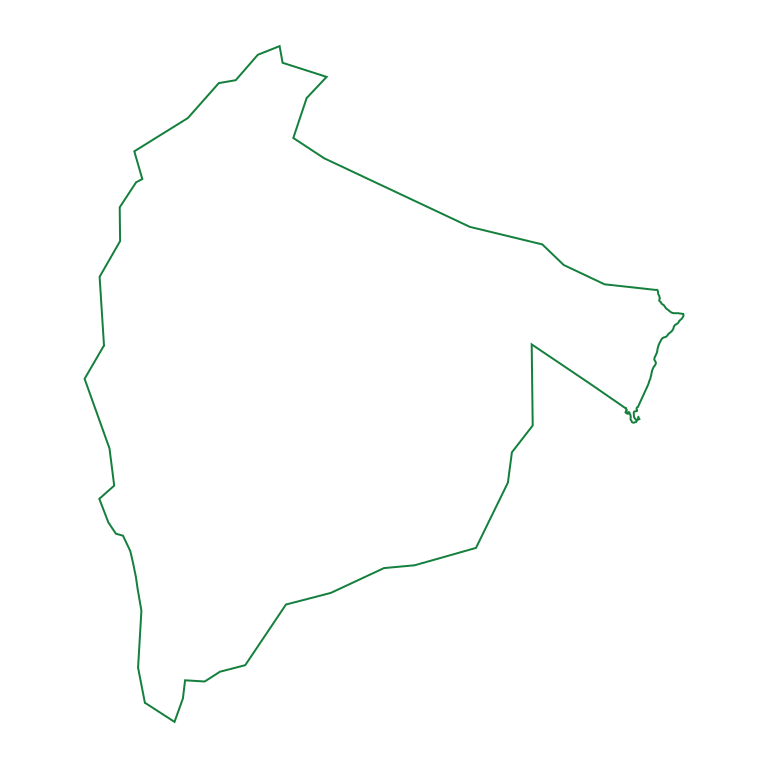 Tarialan, Hövsgöl, Mongolia
{"feature_id": "93677404B32165000008525", "entity_name": "Tarialan", "entity_type": "district", "adm_level": 2, "iso_a3": "MNG", "parent_name": "Mongolia", "parent_adm1": "Hövsgöl", "projection": "orthographic", "projection_center": [102.556, 49.659], "detail": "fine", "context": "isolated", "style": "outline", "palette": "green", "viewbox_px": 768, "rotation_deg": 0, "n_neighbors": 0, "source": "geoboundaries", "source_scale": "gbopen_adm2", "svg_char_len": 5083}
<svg xmlns="http://www.w3.org/2000/svg" viewBox="0 0 768 768"><path d="M383.5,568.3L383.9,568.1L384.0,568.1L414.4,565.3L414.5,565.3L476.0,547.9L507.9,482.6L511.9,452.3L532.7,425.5L531.7,344.4L588.4,382.6L588.7,382.8L625.2,408.0L625.2,407.9L625.3,407.8L625.7,407.9L625.9,408.0L625.9,408.3L625.9,408.7L625.9,408.8L626.4,409.3L626.7,409.7L626.8,410.1L626.7,410.4L626.4,410.7L626.1,410.8L626.0,411.0L626.1,411.3L626.0,411.6L625.8,411.9L625.6,412.0L625.5,412.3L625.6,412.6L625.9,412.8L626.3,413.1L626.7,413.3L627.1,413.6L627.5,413.7L627.8,413.6L628.1,413.4L628.1,413.1L627.9,412.8L627.9,412.5L628.1,412.3L628.3,412.1L628.5,412.1L629.1,412.2L629.3,412.4L629.4,412.6L629.5,412.9L629.3,413.2L629.1,413.4L628.7,413.5L628.8,413.7L629.1,413.8L629.4,413.8L629.6,413.8L629.9,414.0L630.2,414.4L630.4,415.1L630.5,415.6L630.6,415.9L630.7,416.4L630.7,417.1L630.6,417.7L630.5,418.5L630.5,419.1L630.6,419.4L630.7,419.7L630.9,420.1L631.3,420.5L631.5,420.8L631.7,421.6L631.8,421.9L632.2,422.3L632.9,422.6L633.5,422.7L634.0,422.6L634.4,422.5L634.7,422.3L635.1,422.2L635.6,422.1L636.0,422.0L636.3,421.8L636.4,421.5L636.6,421.1L636.8,420.7L637.1,420.3L637.4,419.9L637.8,419.7L638.2,419.4L638.6,419.3L639.0,419.3L639.3,419.1L639.2,419.0L638.9,418.9L638.7,418.7L638.7,418.2L638.7,417.7L638.6,417.2L638.4,417.0L638.2,417.2L638.2,417.4L638.2,417.7L638.3,417.8L638.4,418.1L638.2,418.5L637.9,419.0L637.6,419.4L637.3,419.7L637.1,419.8L636.4,419.9L636.0,419.8L635.8,419.7L635.5,419.3L635.3,418.8L634.9,418.3L634.7,418.1L634.4,417.8L634.2,417.2L634.0,416.8L633.9,416.1L633.9,415.2L633.8,414.2L633.8,413.3L633.8,412.5L633.9,412.1L634.2,411.7L634.4,411.5L634.8,411.4L635.3,411.3L635.8,411.2L636.4,411.2L636.5,411.2L636.8,411.0L637.0,410.8L637.1,410.5L637.1,410.3L637.0,410.0L636.8,409.7L636.7,409.5L636.6,409.1L636.5,408.6L636.7,408.1L636.9,407.6L637.1,407.3L637.9,407.0L648.1,384.8L649.1,381.9L649.4,380.6L650.2,379.2L650.3,378.8L650.3,378.5L650.5,377.7L650.7,377.0L651.0,375.9L651.1,375.6L651.2,375.3L651.4,373.8L651.5,373.5L651.8,372.2L651.8,371.6L652.0,371.2L652.1,370.6L652.2,370.3L652.5,369.7L652.7,369.0L653.0,368.5L653.2,367.9L653.5,367.4L653.7,366.9L654.0,366.5L654.4,366.0L654.8,365.6L655.2,365.0L655.5,364.3L655.7,363.8L655.8,363.4L655.9,362.9L655.8,362.5L655.5,361.9L655.4,361.4L655.0,360.9L654.8,360.5L654.5,360.0L654.3,359.6L654.3,359.3L654.4,358.8L654.4,358.4L654.5,357.9L654.6,357.6L654.8,357.3L654.9,356.9L655.1,356.5L655.3,356.1L655.5,355.7L655.8,355.1L656.0,354.6L656.3,354.1L656.3,353.9L656.4,353.6L656.5,353.4L656.7,353.2L656.9,352.5L657.0,352.1L657.0,351.8L657.2,351.4L657.3,350.8L657.4,350.2L657.4,349.7L657.7,348.4L657.9,347.6L658.0,347.3L658.0,347.1L658.1,346.9L658.3,346.2L658.5,345.4L658.7,345.0L659.0,344.4L659.3,343.5L659.7,342.7L660.2,341.8L660.6,341.0L661.0,340.3L661.3,339.7L661.6,339.2L661.9,338.8L662.3,338.3L662.7,338.0L663.1,337.8L663.9,337.4L664.5,337.2L664.8,337.2L665.1,337.1L665.3,337.1L665.7,336.9L666.3,336.6L666.7,336.2L667.1,335.8L667.4,335.3L667.7,335.0L668.1,334.4L668.5,333.9L668.8,333.6L669.2,333.3L669.5,333.1L669.9,332.8L670.3,332.4L670.8,332.0L671.4,331.4L671.9,331.0L672.1,330.8L672.4,330.3L672.8,329.7L672.9,329.4L673.2,328.9L673.5,328.3L673.6,327.7L673.8,327.1L673.9,326.7L674.2,326.2L674.4,325.7L674.7,325.3L675.1,324.9L675.4,324.8L675.9,324.5L676.5,324.1L677.1,323.7L677.7,323.3L678.2,322.9L678.4,322.5L678.7,322.0L678.9,321.6L679.0,321.4L679.1,321.1L679.3,320.9L679.7,320.6L680.2,320.0L680.7,319.6L681.0,319.4L681.4,319.1L681.8,318.7L682.2,318.1L682.5,317.6L682.8,317.0L683.1,316.6L683.4,316.0L683.5,315.4L683.4,314.8L683.2,313.9L682.5,313.8L682.1,313.8L681.8,313.8L681.2,313.6L680.7,313.6L679.9,313.5L678.8,313.3L678.3,313.2L677.4,313.2L675.9,313.2L674.4,313.2L673.3,313.1L672.4,312.9L671.8,312.6L671.5,312.5L671.2,312.4L670.3,311.7L669.6,311.2L668.9,310.6L668.4,310.1L667.8,309.7L667.4,309.5L666.9,309.0L666.4,308.7L665.8,308.1L665.6,307.7L665.3,307.3L665.0,306.8L664.7,306.4L664.3,305.8L663.9,305.4L663.6,305.0L663.2,304.8L662.8,304.5L662.3,304.2L661.8,303.8L661.4,303.5L661.3,303.1L661.2,302.9L661.1,302.7L660.9,302.4L660.6,302.0L660.2,301.7L659.8,301.3L659.3,300.8L659.3,300.3L659.2,299.9L659.3,299.6L659.4,299.3L659.6,299.0L659.8,298.6L659.9,298.2L659.7,297.7L659.5,297.3L659.3,296.7L659.3,296.0L659.1,295.6L658.9,295.3L658.6,294.8L658.5,294.6L658.3,294.2L658.2,293.8L658.1,293.4L658.1,292.8L658.1,292.4L658.1,291.9L657.9,291.3L657.4,290.0L657.2,289.9L655.4,289.9L604.5,284.3L563.7,265.0L542.3,244.4L542.2,244.4L469.9,226.9L324.2,158.3L293.3,138.0L306.7,97.9L306.8,97.9L326.6,76.9L282.6,62.8L279.6,46.1L257.8,54.8L235.8,80.1L235.7,80.2L218.8,83.1L187.9,118.0L134.3,151.3L142.3,179.0L136.1,182.3L119.7,207.3L120.1,241.1L99.6,276.8L104.0,345.6L103.9,345.6L84.6,378.8L109.5,448.5L114.2,485.6L99.3,498.8L108.4,522.5L115.9,533.7L123.0,535.7L130.3,551.1L132.9,562.3L135.8,576.5L135.9,576.9L137.9,590.8L138.0,591.0L141.4,610.7L141.4,610.8L138.1,667.2L138.0,667.3L144.9,702.8L145.0,702.8L174.5,721.9L182.9,698.5L185.1,680.3L204.7,681.5L219.8,671.8L220.0,671.7L245.2,665.2L286.0,604.5L330.8,592.9L383.5,568.3Z" fill="none" stroke="#15803d" stroke-width="2"/></svg>